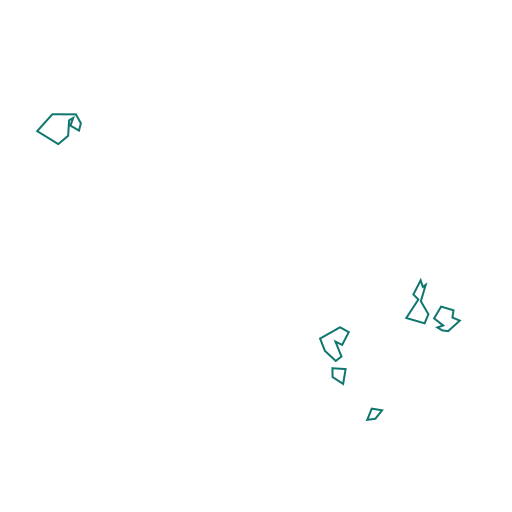 outline of Kepulauan Riau, rotated 256°
{"feature_id": "IDN-1796", "entity_name": "Kepulauan Riau", "entity_type": "Province", "adm_level": 1, "iso_a3": "IDN", "parent_name": "Indonesia", "parent_adm1": "", "projection": "albers", "projection_center": [105.285, 2.055], "detail": "coarse", "context": "isolated", "style": "outline", "palette": "teal", "viewbox_px": 512, "rotation_deg": 256, "n_neighbors": 0, "source": "natural_earth", "source_scale": "10m", "svg_char_len": 762}
<svg xmlns="http://www.w3.org/2000/svg" viewBox="0 0 512 512"><g transform="rotate(256 256 256)"><path d="M442.8,92.7L437.0,115.5L427.2,118.2L420.5,114.6L427.4,107.5L434.2,112.0L432.9,107.5L418.1,102.8L412.4,91.2L430.1,73.9L442.8,92.7ZM160.4,298.2L166.5,320.3L159.7,327.6L148.9,318.1L153.7,312.4L137.8,314.6L134.9,308.0L147.3,299.9L160.4,298.2ZM180.6,399.4L192.6,409.9L185.6,410.4L187.0,413.7L172.2,405.0L157.8,409.2L149.9,403.3L159.5,386.8L174.5,403.0L180.6,399.4ZM152.4,413.7L162.1,423.4L155.5,434.5L148.8,431.7L144.0,438.1L136.6,424.3L138.7,418.8L142.8,414.7L143.3,420.8L152.4,413.7ZM128.6,303.0L124.6,315.6L110.8,309.6L120.0,301.0L128.6,303.0ZM79.9,331.4L75.8,341.0L69.2,332.4L70.1,324.3L79.9,331.4Z" fill="none" stroke="#0f766e" stroke-width="2"/></g></svg>